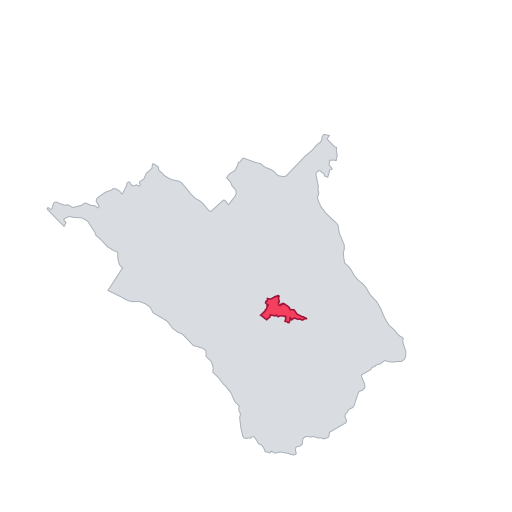 Ikela, Équateur, Democratic Republic of the Congo (highlighted), rotated 135°
{"feature_id": "63176286B75913983063727", "entity_name": "Ikela", "entity_type": "district", "adm_level": 2, "iso_a3": "COD", "parent_name": "Democratic Republic of the Congo", "parent_adm1": "Équateur", "projection": "equal_earth", "projection_center": [23.073, -0.987], "detail": "fine", "context": "in_parent", "style": "filled", "palette": "rose", "viewbox_px": 512, "rotation_deg": 135, "n_neighbors": 0, "source": "geoboundaries", "source_scale": "gbopen_adm2", "svg_char_len": 8396}
<svg xmlns="http://www.w3.org/2000/svg" viewBox="0 0 512 512"><g transform="rotate(135 256 256)"><path d="M385.1,336.3L358.5,342.0L359.0,344.0L358.7,346.1L358.0,347.8L355.3,352.2L351.3,356.2L351.3,357.2L353.2,361.7L354.5,367.9L354.1,378.8L354.6,381.8L354.5,384.1L353.2,386.6L350.4,399.7L352.1,406.0L357.3,411.9L360.4,416.3L365.5,417.9L366.3,417.7L366.7,414.0L370.8,412.6L370.6,435.9L370.3,437.2L369.5,437.5L368.5,436.7L368.3,434.5L367.2,433.6L362.1,436.4L360.9,436.4L359.5,435.9L358.5,434.7L358.2,432.9L354.7,426.1L353.0,425.7L351.1,419.6L343.2,415.1L340.1,414.7L338.6,413.4L337.0,408.6L334.4,405.5L333.8,402.0L333.3,401.5L331.7,402.3L330.3,407.7L328.5,409.0L325.2,409.1L317.1,407.5L311.3,404.7L309.8,404.9L307.5,402.4L306.5,398.2L307.1,395.0L306.6,394.5L297.8,397.2L295.6,398.8L293.6,398.4L293.0,397.6L293.9,395.3L293.4,392.9L292.8,391.8L290.2,390.9L289.3,388.3L287.7,388.0L287.2,388.3L286.8,390.1L285.9,390.7L280.6,389.8L275.0,392.1L267.7,391.5L264.2,394.2L263.6,394.1L262.9,392.8L262.2,388.3L262.6,387.1L263.7,386.3L264.0,384.5L263.7,379.9L264.0,378.8L263.6,376.2L262.5,372.0L260.9,368.5L257.6,363.4L256.9,360.9L257.2,355.2L258.3,346.0L258.1,339.2L256.7,334.8L256.4,330.0L257.3,321.4L256.4,319.4L239.6,318.6L238.9,318.0L238.6,316.8L239.3,311.7L229.1,313.0L226.0,314.0L224.1,316.1L223.5,318.7L223.4,322.4L221.9,325.9L221.5,332.0L218.6,332.6L215.8,332.6L210.3,331.4L205.0,333.1L202.4,334.7L201.0,333.9L196.2,334.5L195.6,334.1L190.1,322.2L187.6,318.3L187.1,316.3L187.3,314.5L186.6,312.0L184.1,305.9L183.6,303.1L183.7,298.6L183.4,297.1L181.0,293.3L179.5,292.0L177.9,291.3L150.3,291.9L141.2,291.1L134.6,291.6L131.2,291.3L130.2,290.8L127.2,291.6L125.6,293.2L123.2,294.0L121.8,293.7L118.9,289.3L122.8,288.5L123.0,288.0L123.2,277.4L122.2,275.9L124.3,274.1L127.6,269.5L130.9,267.8L131.3,266.9L132.0,266.9L133.2,268.9L136.1,271.4L139.6,269.2L139.9,268.5L140.4,264.0L141.2,263.6L142.7,264.6L143.6,264.6L145.1,263.3L149.6,261.0L150.9,263.9L149.7,266.5L150.3,268.4L150.4,271.3L151.1,271.9L154.7,272.3L155.7,271.6L162.7,261.1L164.5,259.9L167.4,255.8L171.3,253.9L173.0,250.6L175.3,244.8L176.3,236.4L175.9,221.8L176.2,219.8L180.9,213.3L185.8,201.4L189.0,198.2L191.5,197.0L195.3,192.6L198.3,188.2L197.9,183.0L198.6,178.6L200.3,173.0L200.8,167.1L200.2,160.9L200.5,155.9L202.7,147.8L202.9,138.5L205.0,130.7L209.0,120.8L210.9,113.4L210.5,106.2L211.1,100.8L210.9,97.7L210.1,95.0L210.5,93.2L212.1,92.5L214.0,89.8L217.4,82.7L221.1,79.2L223.6,78.1L226.3,78.2L228.0,78.8L230.8,81.6L234.0,83.9L236.4,86.6L238.8,91.0L244.5,91.9L247.0,93.5L248.5,94.1L249.0,93.7L250.2,93.9L252.9,95.2L255.0,94.5L265.6,97.3L266.8,95.9L269.8,88.5L272.0,85.9L275.6,85.7L278.4,87.1L279.9,87.1L292.9,80.7L294.6,80.4L299.3,81.9L302.4,80.9L303.6,81.2L306.3,80.1L308.4,75.6L310.2,74.5L328.9,79.4L331.8,77.0L333.1,76.7L337.3,78.5L338.5,81.2L341.0,83.6L342.8,87.5L345.6,89.6L347.0,91.7L348.6,93.2L352.0,93.7L356.3,90.2L359.4,90.5L362.4,92.4L363.5,92.4L365.8,90.3L367.0,88.1L368.2,87.6L370.0,88.6L371.5,90.6L372.8,93.6L377.5,100.3L382.0,103.1L383.1,107.2L384.8,106.8L385.6,107.2L386.8,109.8L387.6,110.3L387.8,111.4L386.6,113.9L385.6,118.5L387.0,121.4L385.8,125.6L385.2,129.9L386.7,131.0L388.6,130.9L390.3,133.2L391.7,133.5L393.1,135.9L392.8,137.9L388.4,144.9L381.7,153.5L379.4,154.6L378.2,156.2L377.4,158.7L375.5,160.8L374.0,161.7L373.9,167.9L371.6,174.3L370.7,175.7L369.5,186.1L369.7,188.0L368.5,196.5L368.7,204.5L365.4,207.0L363.2,211.0L362.2,213.7L362.3,220.2L358.6,224.2L358.3,225.1L359.2,229.6L360.5,230.4L360.6,231.9L363.6,236.8L363.3,252.0L363.5,253.5L365.1,257.0L366.1,263.9L364.9,272.6L368.9,288.6L367.1,294.4L367.9,300.0L370.3,305.9L376.0,311.6L377.5,314.0L378.9,317.2L380.2,322.2L385.1,336.3Z" fill="#d9dde1" stroke="#a8b0b8" stroke-width="1"/><path d="M268.0,211.6L268.2,211.8L268.3,211.9L268.3,212.1L268.5,212.1L268.4,212.2L268.5,212.6L268.7,212.8L268.8,212.8L268.9,212.7L269.0,212.7L269.5,212.7L269.6,212.8L269.8,212.9L269.9,213.1L270.2,213.2L270.3,213.3L270.5,213.6L270.8,213.7L271.0,213.6L271.2,213.8L271.3,213.8L271.4,213.7L271.5,213.7L271.5,213.8L271.5,214.0L272.0,214.2L272.3,214.1L272.5,214.0L272.8,214.0L273.0,214.1L273.4,214.3L273.7,214.5L273.8,214.6L274.0,214.6L274.4,214.7L274.5,214.7L275.0,214.7L275.1,214.8L275.4,214.9L275.5,215.0L276.0,215.3L276.5,215.6L276.8,216.0L277.0,216.2L277.2,216.8L277.4,217.0L277.6,217.5L277.8,217.8L278.0,218.0L278.3,217.8L278.6,217.0L280.0,216.3L280.2,216.6L280.4,216.9L280.6,217.0L282.4,216.2L282.3,215.9L282.3,215.7L282.3,215.2L282.4,214.9L282.5,214.1L282.4,213.9L282.2,213.3L282.1,212.9L282.0,212.5L282.0,212.4L282.3,212.4L283.5,213.0L283.7,212.9L283.8,212.8L283.9,212.3L284.1,212.1L284.8,211.8L285.0,211.8L285.1,211.7L285.4,211.4L285.6,211.3L286.5,211.2L287.2,211.2L287.6,211.3L287.7,210.9L287.8,210.7L288.2,210.5L288.3,210.6L288.5,210.6L288.9,210.7L289.2,210.7L289.6,210.7L289.8,210.7L290.1,210.7L290.3,210.8L290.5,210.9L290.7,210.7L290.8,210.8L291.1,210.8L291.9,210.8L292.2,210.7L292.5,210.8L292.9,210.8L293.7,210.8L294.6,210.9L294.4,209.9L294.2,209.6L294.2,209.1L294.0,206.9L293.9,205.2L293.6,204.6L293.5,203.3L292.2,203.3L290.2,203.2L289.4,202.9L289.2,203.2L289.0,203.3L288.7,203.4L288.6,203.5L288.4,203.8L288.0,203.8L287.9,203.9L287.8,204.1L287.7,204.2L287.4,204.3L287.0,203.6L287.0,203.2L286.9,203.0L286.2,202.6L286.1,202.4L286.0,201.8L285.8,201.6L285.5,201.1L285.5,200.7L285.0,200.4L284.6,200.1L284.4,200.1L284.1,199.9L283.7,199.9L283.4,200.0L283.3,199.9L283.3,199.7L283.6,198.4L283.5,197.9L283.1,197.2L282.7,197.2L282.3,197.2L282.0,196.9L281.3,196.7L280.7,196.1L280.3,195.6L279.7,195.0L279.2,194.4L279.1,194.1L278.9,193.9L278.4,193.5L278.3,193.3L278.2,192.9L277.6,192.3L277.6,192.1L277.9,192.0L278.2,192.1L278.4,192.3L278.5,192.1L278.6,191.9L278.6,191.5L278.7,191.2L278.8,190.9L279.3,190.7L279.5,190.5L279.6,190.3L279.7,190.2L280.1,190.2L280.3,190.0L280.8,189.8L281.1,189.7L281.4,189.6L281.6,189.5L281.7,189.1L281.5,188.9L281.2,188.6L280.8,188.1L280.5,187.1L280.5,186.3L280.4,186.2L280.1,186.0L280.0,185.7L279.9,185.5L279.7,185.5L279.3,185.8L279.1,185.8L278.8,186.0L278.7,186.1L278.4,186.1L278.1,186.3L277.5,186.4L277.0,186.8L276.7,187.2L276.5,187.4L276.2,187.7L275.7,188.0L275.5,188.4L275.4,188.4L275.3,188.2L275.5,187.7L275.6,187.2L275.6,186.6L275.8,186.3L275.8,186.1L275.8,185.8L275.9,185.6L275.5,185.5L275.3,185.4L275.0,185.5L274.6,185.4L273.1,185.4L272.8,184.7L272.6,184.4L272.5,184.2L272.2,184.1L272.1,183.9L272.0,183.7L272.0,183.4L271.9,183.2L271.8,182.8L271.0,181.6L270.7,181.3L270.5,181.0L270.1,180.7L269.9,180.6L269.8,180.4L269.7,180.4L269.4,180.4L269.3,180.2L269.2,179.8L269.2,179.6L269.1,179.2L269.0,178.9L268.9,178.4L268.7,178.2L268.5,177.9L268.2,177.6L267.2,177.6L266.6,177.4L266.2,177.3L265.9,177.0L265.6,176.8L265.5,176.7L265.3,176.6L265.0,176.5L264.4,175.3L264.5,175.8L264.5,176.0L264.5,176.3L264.7,176.8L264.7,177.1L264.7,177.3L264.9,177.6L265.0,177.8L265.2,178.1L265.3,178.4L265.3,178.5L265.3,178.8L265.4,179.0L265.4,179.4L265.5,179.5L265.9,180.0L266.2,180.4L266.3,180.5L266.7,181.6L266.7,181.8L267.1,183.0L267.3,183.6L267.5,184.1L267.6,184.4L267.9,185.2L267.9,185.4L267.9,185.6L267.9,185.8L267.9,186.0L268.0,186.2L268.0,186.4L268.0,186.5L268.0,186.8L267.9,187.0L267.8,187.3L267.7,187.7L267.7,188.1L267.6,188.3L267.5,188.9L267.5,189.3L267.2,190.4L267.2,190.8L267.2,191.2L267.2,191.3L267.3,191.4L267.5,191.4L267.6,191.5L268.0,192.0L268.2,192.3L268.4,192.6L268.6,192.8L268.8,193.0L269.1,193.2L269.3,193.3L269.5,193.4L269.7,193.5L269.6,193.8L269.6,194.0L269.6,194.4L269.7,194.5L269.7,194.8L269.6,195.0L269.4,194.9L269.3,195.0L269.2,195.1L269.1,195.3L269.0,195.5L268.9,195.9L268.9,196.1L268.9,196.5L268.9,196.9L269.1,198.2L269.2,198.9L269.4,199.9L269.5,200.6L269.6,201.5L269.8,202.2L270.1,202.7L270.2,203.0L270.3,203.1L270.3,203.4L270.4,203.6L270.5,203.6L270.7,203.3L270.8,202.9L270.9,202.7L271.0,202.7L271.2,202.8L271.4,203.2L271.6,203.4L271.8,203.6L271.9,203.8L271.9,204.0L272.1,204.3L272.3,204.3L272.4,204.2L272.5,204.2L272.8,204.3L273.1,204.2L273.6,203.6L273.9,204.1L274.0,204.2L274.2,204.3L274.3,204.6L274.4,204.8L274.5,204.9L274.5,205.0L274.4,205.2L274.3,205.3L274.2,205.5L273.9,206.0L273.6,206.4L273.3,206.8L273.2,206.9L273.2,207.1L273.0,207.3L272.9,207.3L272.7,207.1L272.4,207.0L271.8,207.3L271.7,207.5L271.4,207.6L271.4,207.8L271.1,208.4L271.0,208.7L270.6,209.1L270.2,209.7L270.0,210.0L269.7,210.4L269.6,210.6L269.3,211.0L269.2,211.0L268.9,210.9L268.6,210.9L268.3,211.1L268.1,211.3L268.0,211.6Z" fill="#f43f5e" stroke="#9f1239" stroke-width="1.5"/></g></svg>